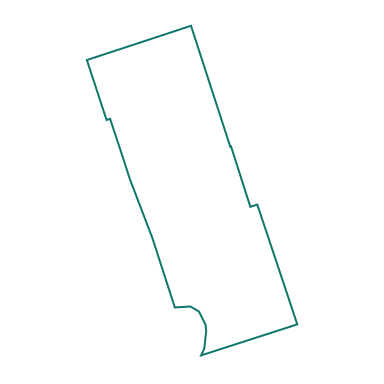 Clearwater, Minnesota, United States of America, rotated 162°
{"feature_id": "52423323B62368100165571", "entity_name": "Clearwater", "entity_type": "district", "adm_level": 2, "iso_a3": "USA", "parent_name": "United States of America", "parent_adm1": "Minnesota", "projection": "natural_earth1", "projection_center": [-95.349, 47.586], "detail": "fine", "context": "isolated", "style": "outline", "palette": "teal", "viewbox_px": 384, "rotation_deg": 162, "n_neighbors": 0, "source": "geoboundaries", "source_scale": "gbopen_adm2", "svg_char_len": 409}
<svg xmlns="http://www.w3.org/2000/svg" viewBox="0 0 384 384"><g transform="rotate(162 192 192)"><path d="M141.6,350.4L251.2,350.0L251.0,286.9L247.3,286.9L247.1,255.0L247.1,223.4L243.9,160.0L244.0,87.5L228.9,83.6L222.3,76.1L220.1,61.6L221.4,55.5L228.8,39.1L233.8,33.8L132.8,33.6L133.0,65.1L133.8,159.9L141.1,159.9L140.8,223.3L141.6,223.2L141.6,350.4Z" fill="none" stroke="#0f766e" stroke-width="2"/></g></svg>